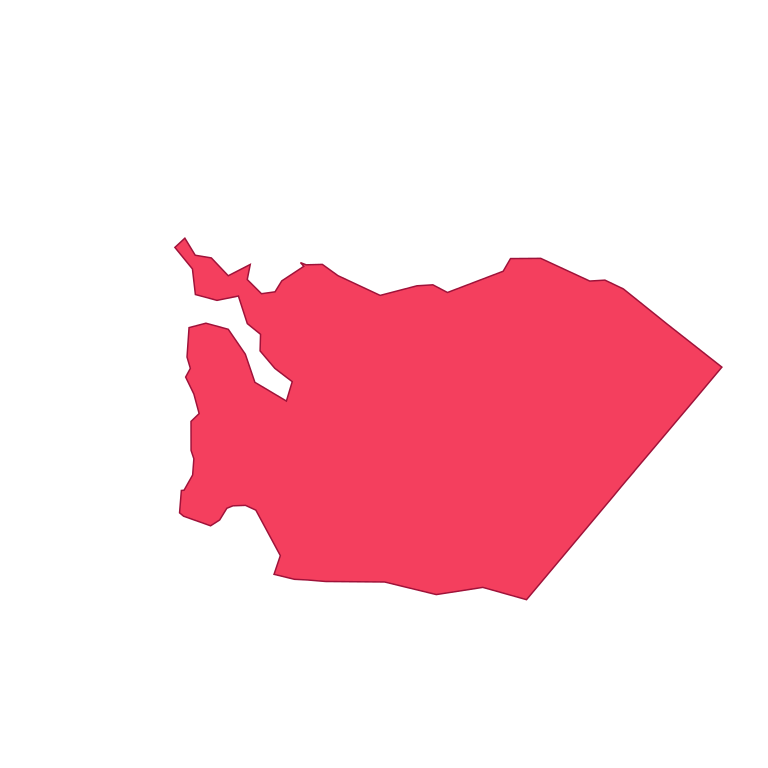 outline of Harford, Maryland, United States of America, rotated 130°
{"feature_id": "52423323B62898369623051", "entity_name": "Harford", "entity_type": "district", "adm_level": 2, "iso_a3": "USA", "parent_name": "United States of America", "parent_adm1": "Maryland", "projection": "albers", "projection_center": [-76.28, 39.511], "detail": "fine", "context": "isolated", "style": "filled", "palette": "rose", "viewbox_px": 768, "rotation_deg": 130, "n_neighbors": 0, "source": "geoboundaries", "source_scale": "gbopen_adm2", "svg_char_len": 1191}
<svg xmlns="http://www.w3.org/2000/svg" viewBox="0 0 768 768"><g transform="rotate(130 384 384)"><path d="M344.7,526.0L345.4,521.1L351.3,522.8L370.7,528.6L382.2,526.9L383.4,526.7L393.6,535.9L391.9,555.9L378.4,563.3L379.1,563.6L401.2,572.9L398.4,597.3L406.7,611.4L400.3,630.3L413.8,632.0L419.0,604.7L436.7,586.0L427.3,565.7L410.2,552.1L425.6,527.5L425.3,510.5L438.3,500.2L442.2,477.6L441.2,455.8L459.8,447.8L465.7,484.0L450.3,509.4L442.2,538.5L451.9,559.5L466.1,569.6L490.0,552.2L496.5,542.4L506.2,540.4L513.9,523.2L525.5,506.6L536.7,507.8L558.9,489.1L563.5,481.6L576.7,472.1L593.9,468.9L595.8,470.8L614.1,457.8L614.1,452.5L604.1,425.7L593.8,422.5L580.2,424.5L574.4,421.4L566.0,412.1L563.0,401.1L582.1,353.1L600.5,345.9L591.2,327.1L583.4,316.8L572.9,301.9L535.3,256.3L511.7,208.6L476.3,177.6L457.6,136.2L457.4,136.2L451.8,136.2L324.8,136.2L324.3,136.2L310.8,136.3L302.9,136.3L289.9,136.2L289.8,136.3L268.6,136.2L223.8,136.1L201.0,136.0L153.9,136.0L156.1,205.1L157.3,261.7L162.4,281.5L172.9,292.6L187.0,344.7L206.6,367.7L221.0,365.2L273.1,394.2L276.6,410.3L287.6,421.9L318.6,443.9L330.6,488.9L332.0,508.1L342.7,520.2L344.7,526.0Z" fill="#f43f5e" stroke="#9f1239" stroke-width="1.5"/></g></svg>